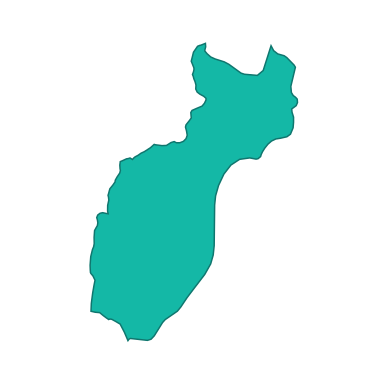 Western, Natural Earth projection, rotated 189°
{"feature_id": "RWA-3492", "entity_name": "Western", "entity_type": "Province", "adm_level": 1, "iso_a3": "RWA", "parent_name": "Rwanda", "parent_adm1": "", "projection": "natural_earth1", "projection_center": [29.348, -2.109], "detail": "fine", "context": "isolated", "style": "filled", "palette": "teal", "viewbox_px": 384, "rotation_deg": 189, "n_neighbors": 0, "source": "natural_earth", "source_scale": "10m", "svg_char_len": 2332}
<svg xmlns="http://www.w3.org/2000/svg" viewBox="0 0 384 384"><g transform="rotate(189 192 192)"><path d="M202.0,340.9L201.2,337.5L201.5,334.5L201.4,333.3L198.7,330.9L194.6,328.3L189.9,327.0L180.6,325.6L175.6,323.9L162.2,317.1L158.6,316.5L145.7,317.4L140.7,323.1L136.8,348.8L133.5,344.4L128.9,341.8L122.3,341.0L119.4,339.6L111.1,333.4L109.4,331.4L110.9,311.8L109.4,305.8L107.1,303.1L104.6,301.8L102.6,300.2L101.8,296.9L102.6,293.6L106.5,289.6L105.7,286.5L103.4,281.8L102.6,276.7L102.2,271.2L103.8,264.5L106.9,261.4L112.9,259.0L117.5,257.5L121.4,254.8L124.5,251.1L127.1,246.5L128.7,242.7L129.5,239.9L129.8,237.7L132.0,235.2L133.9,234.5L140.3,234.7L150.1,231.7L157.8,224.7L163.3,214.7L166.8,202.6L168.1,191.9L167.6,182.7L161.7,142.5L161.2,133.1L162.3,123.9L166.5,112.6L174.8,97.3L180.4,86.8L185.1,76.6L187.8,72.0L198.5,61.8L200.7,58.4L206.8,44.0L209.4,40.2L212.8,38.5L229.8,37.7L230.3,37.5L230.8,37.1L231.3,36.6L232.0,35.2L233.0,36.8L236.9,43.0L242.3,50.3L247.1,52.2L251.3,53.7L253.1,53.7L254.5,53.0L255.4,53.6L256.6,54.1L260.2,56.0L264.3,58.4L268.8,58.1L273.1,58.4L274.0,66.2L274.3,76.7L274.2,84.1L274.0,89.7L276.7,93.6L279.1,95.7L279.7,96.6L280.3,99.2L281.2,103.8L281.9,112.4L281.3,119.6L280.6,122.5L280.5,125.6L281.6,131.9L282.2,138.7L281.0,142.0L280.2,144.0L280.2,146.9L281.1,149.7L282.1,151.8L281.5,154.5L279.5,156.6L277.0,157.6L273.6,157.4L271.4,157.4L272.4,160.0L273.2,165.6L272.9,171.0L273.7,173.9L274.4,175.6L274.1,177.8L273.9,180.0L273.6,182.4L272.0,185.1L271.0,186.9L270.4,188.2L269.6,189.8L269.6,191.7L268.3,195.2L266.3,199.5L266.1,202.1L266.7,203.7L267.5,207.3L267.6,210.8L265.8,211.9L263.4,213.5L261.9,214.5L260.1,215.1L258.5,215.9L257.1,215.3L255.9,214.8L255.0,216.3L253.7,217.8L250.9,219.9L248.5,222.3L245.5,224.3L240.0,229.2L236.8,233.1L235.4,232.9L232.8,233.0L229.0,233.1L224.5,234.0L220.4,237.6L217.5,239.0L215.1,238.2L211.8,238.7L208.4,240.7L206.2,243.8L205.6,247.3L207.0,251.5L208.6,255.1L208.4,257.4L206.1,261.5L204.3,265.0L204.9,267.4L205.6,270.3L204.7,272.6L200.2,275.5L195.5,278.4L193.6,281.6L192.6,285.0L192.8,286.7L195.4,288.4L199.6,289.9L202.5,291.5L204.4,294.3L204.8,298.2L206.2,301.4L207.8,304.0L208.9,306.5L209.9,308.1L209.4,310.6L209.2,313.0L209.5,314.8L210.6,316.7L213.2,321.1L212.4,330.3L209.3,336.8L207.3,338.0L206.2,338.4L202.0,340.9Z" fill="#14b8a6" stroke="#0f766e" stroke-width="1.5"/></g></svg>